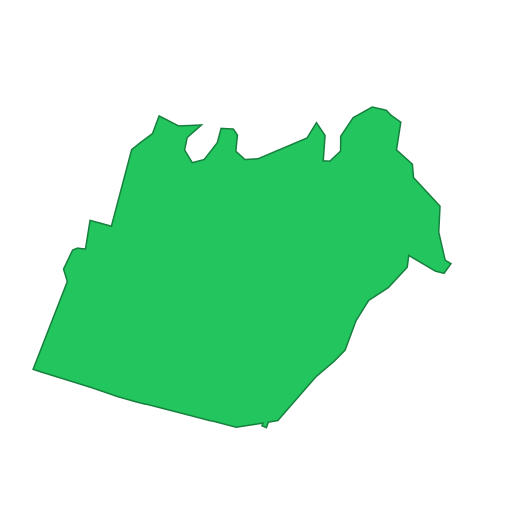 outline of Sumner, Tennessee, United States of America, rotated 193°
{"feature_id": "52423323B49369040245103", "entity_name": "Sumner", "entity_type": "district", "adm_level": 2, "iso_a3": "USA", "parent_name": "United States of America", "parent_adm1": "Tennessee", "projection": "robinson", "projection_center": [-86.465, 36.449], "detail": "fine", "context": "isolated", "style": "filled", "palette": "green", "viewbox_px": 512, "rotation_deg": 193, "n_neighbors": 0, "source": "geoboundaries", "source_scale": "gbopen_adm2", "svg_char_len": 1033}
<svg xmlns="http://www.w3.org/2000/svg" viewBox="0 0 512 512"><g transform="rotate(193 256 256)"><path d="M447.7,95.4L440.2,94.7L438.2,94.5L436.0,94.4L386.4,90.7L358.7,87.8L340.5,86.9L330.3,86.7L329.4,86.9L304.0,86.3L264.2,85.2L261.6,85.3L260.8,85.4L260.7,85.4L236.8,84.7L211.7,94.7L212.0,91.9L207.3,91.1L206.5,96.9L197.7,100.6L170.5,151.7L156.2,171.0L148.0,184.3L144.0,215.4L136.2,238.1L119.9,255.0L106.1,279.1L107.3,290.9L77.8,281.6L68.9,281.4L64.3,292.4L70.7,294.4L83.3,320.3L87.9,345.9L120.1,367.8L124.3,380.6L143.0,391.0L145.0,418.9L156.4,423.7L161.8,427.3L176.3,427.3L192.5,412.6L200.4,391.7L197.2,377.3L205.3,365.1L211.9,363.8L215.8,388.9L227.1,399.5L232.8,382.5L275.9,351.2L288.5,347.5L299.2,353.5L301.3,369.6L306.6,374.6L318.7,372.5L319.2,357.7L328.2,338.3L339.1,332.6L349.4,343.2L349.7,356.0L338.6,371.4L360.6,365.3L381.9,370.7L384.4,352.0L393.6,341.2L401.1,331.7L403.6,252.5L425.7,253.4L423.7,224.4L431.8,223.5L436.0,220.5L440.6,200.0L434.1,188.7L447.7,95.4Z" fill="#22c55e" stroke="#15803d" stroke-width="1.5"/></g></svg>